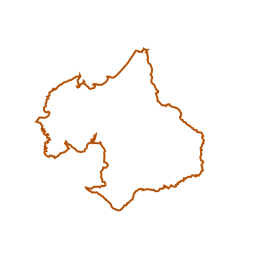 outline of São Lourenço do Sul, Rio Grande do Sul, Brazil, rotated 208°
{"feature_id": "56859067B86962262775213", "entity_name": "São Lourenço do Sul", "entity_type": "district", "adm_level": 2, "iso_a3": "BRA", "parent_name": "Brazil", "parent_adm1": "Rio Grande do Sul", "projection": "orthographic", "projection_center": [-52.096, -31.253], "detail": "fine", "context": "isolated", "style": "outline", "palette": "amber", "viewbox_px": 256, "rotation_deg": 208, "n_neighbors": 0, "source": "geoboundaries", "source_scale": "gbopen_adm2", "svg_char_len": 5700}
<svg xmlns="http://www.w3.org/2000/svg" viewBox="0 0 256 256"><g transform="rotate(208 128 128)"><path d="M211.9,90.5L210.6,91.0L209.5,90.7L208.3,91.3L207.3,91.2L206.1,90.1L204.5,89.8L203.8,86.6L203.0,86.2L202.6,87.4L201.8,87.4L202.5,85.5L201.7,85.0L200.4,86.2L199.5,85.9L199.9,84.4L199.7,83.5L198.8,83.1L197.2,83.3L196.4,84.9L195.3,84.8L195.1,84.0L195.5,82.7L195.0,81.4L192.6,82.1L191.4,80.9L192.4,80.1L193.0,79.2L191.8,78.1L192.0,77.1L193.1,77.5L194.3,75.7L193.0,74.3L192.9,72.6L191.6,72.5L190.4,72.2L190.7,71.3L191.9,70.9L191.7,69.9L190.6,69.9L189.2,69.2L190.2,68.3L190.5,67.5L189.9,66.7L189.2,65.9L188.2,65.7L186.3,65.2L185.2,65.2L184.1,65.6L184.1,67.0L183.1,67.6L181.5,67.4L180.2,68.3L179.6,67.6L178.6,67.1L178.4,68.1L177.6,68.7L176.5,70.7L176.0,72.4L175.9,73.9L174.3,75.1L173.6,76.2L172.6,76.8L172.0,78.4L170.5,82.2L172.7,82.8L173.3,84.4L175.1,84.3L176.4,84.9L176.5,87.0L175.0,86.1L173.7,85.6L172.2,85.8L170.0,85.8L168.5,84.9L164.8,84.8L162.8,83.8L160.5,83.8L159.9,84.4L158.3,84.6L157.6,84.9L156.9,86.0L155.5,87.0L155.9,89.3L155.1,90.8L155.5,92.4L156.0,93.0L156.0,94.8L155.4,96.3L154.1,97.2L154.2,98.3L153.6,99.2L154.9,100.6L153.4,101.3L153.2,102.7L153.4,103.9L154.1,105.3L153.3,107.2L152.3,103.5L152.0,98.1L150.1,99.2L148.3,100.1L147.4,100.3L145.7,101.3L145.8,102.2L144.9,102.0L144.7,101.0L143.2,100.5L141.7,99.5L139.8,98.7L137.5,97.1L137.6,95.4L136.8,93.9L136.0,93.0L133.1,86.7L130.3,87.0L129.2,86.2L128.3,86.0L128.2,84.7L128.9,82.4L131.4,81.4L130.8,79.7L130.9,78.5L131.5,76.8L130.9,75.7L129.8,74.9L128.5,71.7L126.9,70.9L125.8,69.0L124.8,68.6L123.9,69.2L123.1,69.3L121.8,68.1L121.0,66.7L122.1,65.2L123.9,64.8L124.5,64.3L124.8,62.4L126.6,62.4L128.2,61.4L130.7,59.9L131.3,57.9L132.5,56.9L135.2,56.0L136.4,56.0L137.2,55.7L136.4,55.1L135.3,54.7L133.8,54.9L132.1,54.2L130.8,54.6L129.6,54.1L128.6,54.9L126.7,55.5L125.9,56.3L124.7,56.6L123.1,55.8L121.5,56.1L120.0,55.6L119.2,55.8L117.8,55.7L116.8,55.1L116.0,55.0L115.0,54.6L113.8,54.6L113.1,54.0L112.2,54.1L110.2,53.4L108.3,53.1L107.4,52.5L106.6,52.0L105.9,51.1L104.3,50.3L102.1,50.0L101.1,50.4L98.8,50.4L97.6,50.9L96.2,52.0L96.0,52.9L95.3,53.6L95.4,54.8L95.1,55.8L94.8,58.3L93.3,58.8L93.1,59.9L93.6,60.9L92.3,62.4L91.7,65.0L91.3,65.9L90.4,67.1L90.9,68.1L91.0,69.9L91.7,71.7L91.8,73.5L91.4,74.5L91.5,75.8L90.6,76.6L89.9,78.7L87.9,80.5L87.1,80.0L86.2,81.0L85.5,80.3L84.5,81.0L83.5,82.2L82.7,82.8L79.7,83.9L79.0,84.4L77.6,84.3L76.2,85.6L74.3,85.1L72.7,85.8L71.6,86.5L71.2,89.4L69.3,90.4L68.6,91.1L68.8,92.2L67.8,92.8L68.6,93.4L68.9,94.2L66.4,94.3L65.7,94.0L65.0,93.8L63.9,93.7L63.4,95.2L63.2,96.9L62.9,97.7L62.1,97.4L60.5,97.6L59.2,98.1L58.2,99.0L59.0,100.5L57.6,101.9L58.2,102.5L58.1,103.4L56.6,104.5L56.8,105.5L55.8,106.7L54.2,107.4L55.0,108.7L54.9,109.9L53.6,109.8L53.5,110.6L52.3,112.4L51.5,113.5L49.6,114.1L49.3,116.1L48.2,116.9L46.2,117.1L45.9,118.0L45.3,117.3L44.6,118.8L43.2,119.1L43.2,120.3L42.5,122.2L42.8,123.3L42.8,124.7L41.9,125.8L43.9,127.5L44.0,128.5L45.1,129.1L45.7,129.6L45.7,130.6L45.6,132.2L45.7,133.5L47.2,134.0L48.4,133.7L49.4,134.9L50.0,135.4L50.6,136.8L50.8,138.2L51.0,139.4L51.6,139.9L52.1,141.0L52.5,141.9L53.2,142.4L52.6,143.4L53.9,143.6L54.6,144.8L54.2,145.5L54.2,146.8L54.7,147.7L54.8,148.9L54.2,149.7L55.1,150.4L54.7,151.7L55.3,152.7L56.2,153.3L56.9,153.7L58.1,154.2L58.4,155.4L57.8,156.2L61.0,158.3L62.8,157.9L63.9,157.1L65.2,157.0L66.2,158.3L67.7,157.6L69.9,157.6L70.6,158.3L71.4,158.0L72.4,158.3L73.7,158.7L75.2,158.7L75.9,159.1L77.9,158.8L78.8,159.4L79.5,160.0L80.8,159.8L81.7,159.5L83.3,160.7L84.8,160.3L87.2,161.8L87.0,163.8L88.0,165.9L90.3,167.1L91.0,168.0L92.4,168.1L94.0,168.6L95.3,168.2L97.3,168.0L98.4,167.6L100.9,167.4L102.8,168.4L103.3,167.6L104.7,166.9L104.6,165.3L106.7,165.0L108.7,164.2L111.0,164.8L112.9,165.8L114.0,165.6L114.7,165.8L115.9,168.1L118.4,170.5L119.6,171.6L118.7,172.4L118.2,174.2L119.0,175.0L119.8,174.7L120.6,175.0L122.2,176.0L125.2,178.5L126.0,178.7L126.9,178.5L129.1,179.7L129.7,181.1L130.2,182.7L130.2,183.7L131.3,185.0L132.4,185.4L133.1,185.8L133.1,187.2L133.2,188.7L133.8,189.8L134.6,191.6L136.5,193.2L138.0,194.5L139.4,194.7L140.9,195.3L141.9,196.7L142.9,197.3L142.9,198.6L143.3,199.5L144.1,200.2L145.1,201.2L145.4,202.1L146.2,203.1L146.6,203.8L147.5,203.4L147.3,204.2L148.2,204.9L147.7,206.0L149.3,205.2L151.4,205.5L151.2,204.0L151.5,203.0L151.3,201.6L152.4,201.4L154.1,200.4L155.5,200.7L157.4,200.0L157.5,197.7L158.7,186.0L159.4,182.2L160.4,178.1L160.7,177.2L161.1,174.6L161.7,173.2L162.8,169.1L163.9,166.7L164.4,166.0L165.5,165.0L166.9,164.7L167.8,164.5L169.2,164.5L170.5,163.5L169.3,162.7L168.8,161.9L168.7,160.9L168.7,160.0L169.1,158.5L169.3,157.5L170.0,156.5L171.1,154.4L172.3,153.2L173.3,153.0L174.7,152.0L176.2,151.9L178.7,151.0L179.0,149.9L177.4,150.2L176.7,149.8L176.6,147.6L178.2,146.1L179.6,144.9L181.1,144.7L182.8,145.8L183.7,145.7L186.3,146.3L188.0,147.6L188.2,148.4L189.3,148.8L188.6,146.3L190.5,144.4L190.6,143.2L190.2,142.3L190.3,141.4L191.5,140.1L192.5,140.6L191.7,141.0L191.2,141.7L191.8,142.7L192.6,144.0L194.2,145.3L194.9,146.6L194.7,148.0L194.5,149.6L194.2,151.0L195.4,152.1L195.0,150.7L196.6,149.8L198.2,148.5L198.6,147.4L199.3,146.4L200.9,143.4L202.5,142.4L203.4,140.6L204.7,139.5L206.3,137.6L207.1,135.4L208.0,134.5L209.3,132.0L209.4,130.2L209.7,129.2L211.0,128.4L211.7,127.4L210.8,127.3L211.7,126.3L212.5,126.8L212.4,125.6L213.4,123.2L214.1,122.5L213.4,121.0L212.7,120.3L213.0,119.0L214.1,117.7L212.6,117.3L212.1,116.6L213.0,115.7L213.2,114.8L212.3,113.1L212.0,110.1L210.7,108.8L211.7,106.3L210.6,104.5L209.7,103.7L208.6,103.4L207.7,103.3L206.8,103.8L206.6,104.7L206.0,105.1L204.7,104.8L204.0,103.0L204.2,101.0L205.3,99.0L206.0,98.2L207.0,97.4L208.9,96.9L211.3,95.5L211.4,94.6L211.7,91.6L211.9,90.5Z" fill="none" stroke="#b45309" stroke-width="2"/></g></svg>